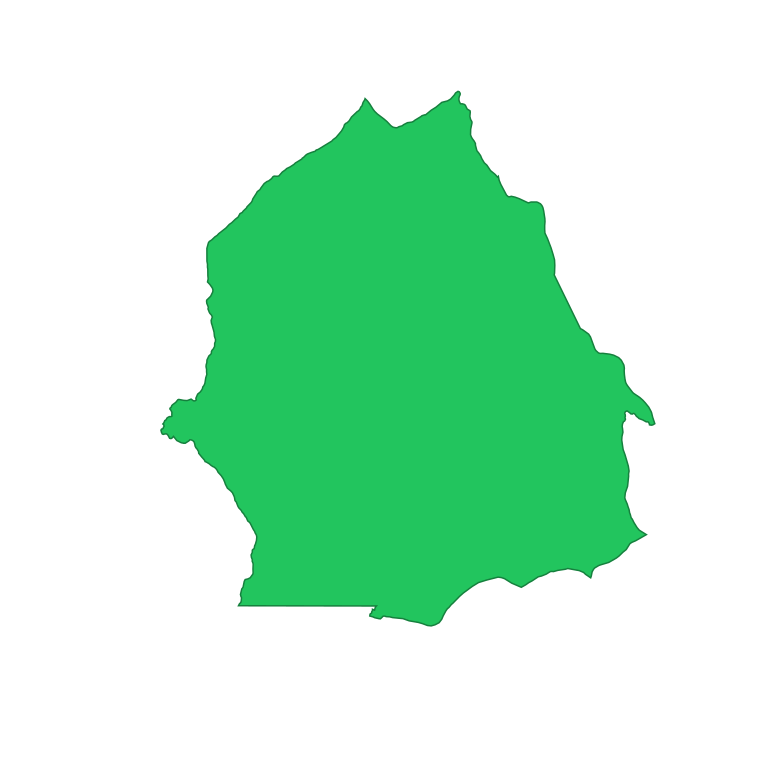 outline of Porto de Moz, Pará, Brazil, rotated 334°
{"feature_id": "56859067B79673758478118", "entity_name": "Porto de Moz", "entity_type": "district", "adm_level": 2, "iso_a3": "BRA", "parent_name": "Brazil", "parent_adm1": "Pará", "projection": "equal_earth", "projection_center": [-52.537, -2.166], "detail": "fine", "context": "isolated", "style": "filled", "palette": "green", "viewbox_px": 768, "rotation_deg": 334, "n_neighbors": 0, "source": "geoboundaries", "source_scale": "gbopen_adm2", "svg_char_len": 6171}
<svg xmlns="http://www.w3.org/2000/svg" viewBox="0 0 768 768"><g transform="rotate(334 384 384)"><path d="M270.1,214.9L271.1,218.1L271.8,222.4L271.5,224.5L270.4,226.2L266.7,229.1L261.4,230.9L260.8,231.8L260.1,233.8L259.8,237.9L258.7,239.4L258.4,243.1L258.5,244.3L259.1,246.2L259.1,248.5L256.5,251.1L255.6,253.6L255.3,255.8L254.0,262.8L252.5,266.8L252.1,270.1L251.1,271.9L249.7,273.1L248.2,276.0L245.8,277.7L244.2,278.3L243.0,279.3L242.4,280.6L241.4,281.3L238.9,282.0L235.4,284.8L234.2,287.0L232.5,288.9L231.6,290.5L230.9,293.2L229.8,295.4L229.0,297.7L226.5,300.3L223.3,304.9L221.4,306.5L220.0,307.1L218.5,308.8L217.8,309.3L215.4,310.6L212.1,311.4L208.7,314.3L208.3,316.0L206.6,316.3L205.3,315.5L204.0,313.0L200.4,312.7L199.4,312.4L196.8,310.9L192.8,307.9L191.8,307.8L188.8,309.2L184.7,310.0L183.8,310.4L182.2,311.8L181.3,311.8L180.6,312.5L181.0,314.5L180.9,316.7L180.0,318.2L179.3,319.9L178.4,320.0L176.7,319.2L174.8,319.3L173.9,319.5L172.5,320.6L170.9,320.8L169.1,322.4L167.7,323.0L168.2,324.0L167.7,325.8L166.7,326.2L166.0,327.1L165.1,327.3L164.3,327.0L163.3,327.7L162.8,329.9L162.8,331.7L163.5,332.5L165.4,332.9L166.8,333.6L167.4,335.4L167.5,338.8L168.6,339.7L170.1,339.6L171.8,338.8L173.0,344.0L176.0,347.9L178.1,349.5L179.5,350.1L183.7,349.6L185.1,349.0L186.5,350.0L187.6,351.6L187.9,352.7L187.6,354.9L187.0,357.0L187.0,358.8L187.5,360.7L187.7,363.3L187.1,365.1L188.2,369.9L189.2,373.4L189.2,375.4L190.0,376.1L192.0,379.2L192.9,381.4L194.2,383.5L194.9,384.2L195.8,386.2L196.2,388.3L196.2,390.7L197.5,395.0L198.0,398.8L197.8,402.5L197.5,404.5L197.6,409.1L199.3,412.7L200.1,415.3L200.0,419.9L199.0,423.5L199.5,425.4L199.1,429.7L199.2,431.7L200.3,435.1L200.3,436.9L201.0,439.2L201.2,442.4L201.7,443.4L201.5,447.4L202.5,449.5L202.7,450.7L202.8,457.7L203.1,459.6L202.9,461.6L203.1,463.6L202.6,465.7L200.8,468.7L198.2,471.6L196.8,472.7L195.1,475.1L194.1,475.1L192.8,475.6L191.8,477.6L189.6,479.4L188.8,481.8L188.7,483.9L187.8,485.6L187.7,487.6L187.3,488.8L185.1,492.9L183.7,496.1L182.9,497.3L178.8,499.5L176.2,499.5L173.5,498.9L171.9,500.1L168.2,504.9L166.3,505.9L162.7,510.3L162.3,512.3L162.3,513.6L160.6,516.4L159.5,517.6L157.7,518.2L156.0,519.5L279.9,580.2L278.2,581.0L276.4,583.1L274.9,581.4L274.4,582.5L273.4,583.1L272.4,584.4L270.6,584.7L269.5,586.3L272.1,588.6L273.2,590.0L276.7,592.8L277.9,593.5L281.5,592.3L283.0,593.0L283.9,594.0L287.1,595.8L289.3,597.7L298.2,603.2L302.8,607.9L310.3,613.3L313.7,616.4L317.2,620.1L320.4,622.1L324.3,622.8L328.9,622.7L332.7,620.8L335.6,618.3L340.2,615.0L342.4,613.8L344.4,613.3L348.1,611.6L349.3,611.4L358.8,608.0L363.8,606.6L374.7,604.6L381.9,603.9L390.3,605.2L401.9,607.6L404.7,609.5L407.0,611.8L411.5,619.0L418.3,626.9L423.4,626.6L427.0,626.0L430.5,625.9L438.2,624.9L441.1,625.6L446.5,626.0L451.2,625.5L452.6,626.0L454.1,626.9L458.5,627.7L465.8,630.0L468.3,630.4L477.7,637.3L480.8,640.9L481.7,643.4L484.8,648.8L486.1,647.5L488.7,644.1L491.1,642.4L492.7,641.7L497.4,641.3L499.4,641.5L507.8,642.9L516.5,642.3L520.0,641.6L525.1,639.9L529.1,639.0L534.9,635.4L535.7,635.2L537.6,635.0L541.4,635.2L553.8,634.4L549.4,627.4L548.5,624.0L547.9,618.0L547.9,614.4L547.5,612.5L548.2,609.1L548.3,607.4L549.2,604.4L549.6,600.8L550.0,598.7L550.2,593.9L550.5,591.9L553.2,587.6L558.1,582.7L563.4,574.2L564.4,572.0L566.1,569.7L567.6,564.9L568.4,560.4L569.6,553.3L570.2,547.7L573.1,538.6L574.8,535.6L577.6,532.1L578.9,528.5L579.4,526.7L580.7,524.7L581.9,523.5L582.7,522.9L584.1,522.7L585.6,521.5L586.0,519.5L586.8,518.8L587.4,517.2L587.4,516.1L588.1,515.2L589.0,514.7L590.7,514.7L592.2,517.5L592.8,519.1L594.1,519.9L595.0,519.7L595.9,520.2L596.5,521.7L596.7,523.7L597.5,525.2L598.1,526.9L600.8,529.7L603.1,533.0L604.0,533.3L604.8,534.0L605.1,535.9L604.7,537.1L606.2,538.2L607.6,538.6L610.0,538.4L610.9,531.7L611.9,527.2L612.0,525.6L611.8,520.8L610.6,515.6L609.5,511.9L607.9,508.1L604.3,501.9L603.8,500.6L602.2,492.8L601.9,490.5L601.9,488.5L602.8,485.0L604.2,480.9L605.7,477.3L606.9,475.3L607.9,472.2L607.7,466.7L606.5,463.2L603.1,458.8L599.9,456.1L594.2,452.4L591.7,451.3L590.4,450.1L589.1,446.8L588.9,444.8L590.2,432.2L589.8,428.9L586.3,422.3L584.8,420.3L584.8,360.6L585.9,359.1L589.5,352.3L591.7,347.2L592.7,342.0L593.8,335.0L594.7,325.0L594.8,318.9L596.2,315.5L597.9,312.0L599.9,308.6L601.1,305.8L603.4,298.4L604.1,295.4L604.2,293.8L604.1,292.5L603.6,290.6L601.8,288.1L600.9,287.3L595.9,284.9L593.1,284.5L586.7,276.6L583.7,273.5L580.7,271.1L578.6,270.7L577.7,269.9L576.9,267.9L576.5,255.8L576.8,251.4L577.8,247.4L576.7,247.8L575.8,244.4L573.3,238.9L572.4,232.4L571.1,229.2L570.7,224.5L570.9,221.0L570.3,217.2L569.9,215.9L569.8,214.8L570.9,209.4L571.6,207.9L571.5,205.1L571.0,202.6L570.8,200.5L571.0,198.0L573.6,193.0L577.6,187.8L578.0,186.6L577.8,184.2L578.5,181.1L580.7,177.5L581.1,176.2L579.3,173.3L579.3,169.0L578.6,167.7L577.2,166.5L575.6,165.7L575.5,163.7L575.8,161.7L576.7,159.9L577.9,158.4L579.2,157.4L579.9,156.1L579.7,154.3L578.8,153.4L575.9,153.8L573.8,155.1L568.8,157.1L565.2,157.4L559.4,156.2L552.1,158.0L546.5,158.6L539.4,160.3L538.5,159.9L535.7,159.5L534.5,159.8L527.0,160.5L525.5,160.9L523.8,160.8L519.6,159.4L515.3,159.5L513.5,159.9L510.3,159.3L508.5,159.4L507.3,159.1L505.0,157.4L504.3,156.5L503.4,154.8L501.7,149.4L500.1,145.7L496.4,138.4L495.1,134.8L494.6,132.3L493.9,125.7L493.2,122.3L492.1,119.2L491.3,120.1L488.7,121.7L486.1,124.4L484.6,124.9L482.7,126.5L480.9,127.3L479.4,127.4L471.8,129.8L468.2,132.1L465.5,133.0L463.7,133.0L462.0,133.7L460.5,135.4L456.8,137.9L448.9,141.4L445.5,142.0L443.5,142.8L427.6,144.3L425.6,144.0L424.2,144.6L420.0,144.0L416.0,143.7L414.4,143.9L410.9,145.1L409.6,145.2L408.6,145.8L401.2,146.5L399.5,147.1L394.9,147.7L390.8,147.7L389.6,148.2L385.5,148.9L380.7,150.9L379.1,150.5L376.4,149.0L375.1,149.0L373.0,150.1L369.4,150.9L367.6,150.7L364.2,151.3L359.2,153.9L357.8,154.9L354.7,155.5L353.9,155.9L353.2,156.5L347.3,160.1L345.5,161.9L344.1,162.7L338.5,164.7L337.6,165.5L333.4,166.8L331.7,167.7L329.3,167.7L326.1,170.0L322.7,170.7L317.8,172.3L315.0,172.7L310.3,174.5L301.4,176.4L299.1,177.3L296.6,177.6L292.2,179.0L289.5,179.3L288.1,180.1L284.3,184.4L278.7,196.0L277.9,198.9L276.5,201.7L276.0,203.5L273.2,209.4L272.0,212.5L270.1,214.9Z" fill="#22c55e" stroke="#15803d" stroke-width="1.5"/></g></svg>